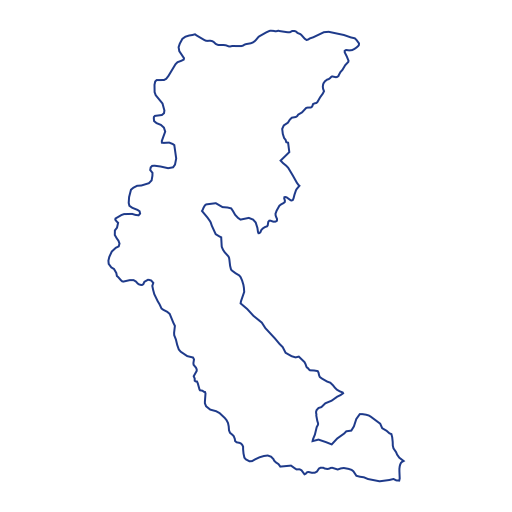 outline of Shumer, Pemagatsel, Bhutan
{"feature_id": "84629894B11783061729770", "entity_name": "Shumer", "entity_type": "district", "adm_level": 2, "iso_a3": "BTN", "parent_name": "Bhutan", "parent_adm1": "Pemagatsel", "projection": "robinson", "projection_center": [91.402, 27.089], "detail": "fine", "context": "isolated", "style": "outline", "palette": "blue", "viewbox_px": 512, "rotation_deg": 0, "n_neighbors": 0, "source": "geoboundaries", "source_scale": "gbopen_adm2", "svg_char_len": 6019}
<svg xmlns="http://www.w3.org/2000/svg" viewBox="0 0 512 512"><path d="M151.2,280.5L153.3,282.9L152.3,285.9L153.1,289.8L154.3,294.2L157.7,301.2L159.5,304.2L161.5,308.5L163.3,309.8L167.2,311.8L169.7,313.9L173.4,322.9L174.9,325.9L174.1,332.8L174.2,335.2L175.9,339.5L177.2,344.9L178.8,349.5L180.7,351.7L187.2,356.1L193.0,357.5L194.0,359.4L193.4,363.1L193.6,364.8L196.0,367.7L196.7,369.4L196.7,370.9L193.7,376.2L194.7,378.6L194.7,380.7L195.6,381.4L197.0,381.5L197.8,383.4L199.5,389.5L200.0,390.3L202.4,390.7L204.1,391.9L205.0,392.0L205.5,393.5L204.9,401.6L204.9,403.3L206.1,406.3L210.2,409.6L216.1,411.2L219.6,413.1L224.7,417.9L226.5,420.1L228.0,423.0L228.7,426.4L229.0,430.3L230.0,432.8L232.3,434.7L233.7,436.1L234.8,438.9L235.1,441.0L236.6,442.3L239.7,442.9L241.2,443.7L242.3,445.0L243.1,446.7L243.1,449.2L243.5,453.5L244.4,457.7L245.9,459.4L249.5,461.3L252.1,461.1L255.2,459.3L259.5,457.3L263.9,456.0L267.7,455.5L271.1,456.7L273.5,459.2L274.1,460.6L275.9,462.4L278.5,464.1L280.3,466.6L291.0,465.6L294.9,468.4L296.5,469.4L299.6,469.3L301.5,470.3L304.5,474.3L305.6,473.8L307.2,472.2L308.6,472.0L311.9,472.8L314.8,472.7L316.9,471.6L319.0,468.5L320.7,467.7L323.4,467.8L324.6,468.5L327.5,469.0L329.3,468.6L330.8,467.9L332.3,467.8L337.7,469.5L340.9,468.4L343.8,468.0L348.6,468.9L351.6,469.9L353.4,471.3L356.4,475.8L359.8,476.7L363.9,477.3L367.9,479.0L379.6,481.3L389.3,480.0L393.5,479.0L396.3,480.4L399.2,480.6L399.7,478.5L399.4,471.2L399.4,468.8L399.7,466.4L400.2,464.5L401.0,462.8L402.0,461.9L403.6,461.0L399.3,457.7L397.1,454.6L396.1,452.2L393.5,448.4L392.8,445.6L392.7,442.0L392.2,437.3L391.4,434.1L389.4,433.3L386.6,430.8L382.2,428.2L380.2,423.7L370.8,416.7L368.8,415.5L366.0,414.7L362.2,414.1L359.8,414.1L356.3,419.0L353.9,426.4L351.3,430.6L346.3,431.3L344.2,433.5L337.2,438.5L331.7,444.4L325.9,442.1L318.5,439.6L312.6,441.1L313.0,439.2L314.9,434.6L316.7,427.1L317.9,424.9L318.1,424.0L318.0,423.1L317.3,420.9L316.3,415.6L316.4,414.3L316.1,413.0L316.1,411.7L316.6,410.1L318.5,408.0L321.4,407.1L325.3,403.3L331.6,400.7L337.2,396.7L340.5,395.1L343.1,393.3L342.7,392.5L339.7,391.3L336.9,389.7L334.8,387.6L333.0,385.3L330.3,382.7L327.2,381.6L322.0,378.6L319.8,377.0L319.1,375.3L318.5,372.6L317.7,371.1L314.1,370.5L310.0,370.3L309.1,369.6L307.9,368.1L306.8,367.4L306.3,366.4L305.6,364.3L304.5,362.1L298.8,356.6L295.6,357.4L291.6,356.2L285.6,352.8L282.7,347.1L279.5,343.9L274.8,338.3L265.4,328.2L261.8,322.6L253.5,315.9L247.2,309.0L240.6,303.4L241.0,301.2L244.2,291.9L243.9,287.8L243.4,284.8L242.1,280.5L240.6,277.1L239.2,275.4L235.5,273.2L231.6,270.3L230.9,269.1L230.1,265.8L229.4,259.8L229.1,258.0L228.5,256.5L224.7,252.3L223.1,249.9L221.9,247.2L221.7,246.3L221.2,237.3L219.5,236.5L215.7,234.2L211.8,225.7L210.7,222.4L209.9,221.0L207.5,217.6L202.0,211.0L202.6,210.0L203.6,207.6L204.9,205.4L206.2,204.4L215.8,203.2L222.5,207.1L227.5,207.5L231.2,208.4L233.0,211.1L235.1,214.8L238.0,217.9L240.5,219.6L248.8,217.9L253.1,219.6L255.7,222.5L257.4,227.9L258.0,232.0L258.5,233.2L259.4,233.1L260.4,232.2L261.4,229.9L263.0,228.3L264.9,227.1L267.1,226.3L267.7,225.4L268.3,221.8L269.3,220.7L270.5,220.7L273.4,221.7L275.2,221.7L276.7,221.0L277.0,220.2L277.0,218.9L276.0,216.6L275.6,215.3L275.5,213.7L276.0,212.4L276.6,210.7L279.4,205.7L281.2,204.3L283.5,203.1L284.8,202.0L284.9,200.6L284.2,198.4L284.4,197.2L285.3,197.0L286.7,197.4L290.7,200.3L291.7,200.5L292.9,199.9L293.6,198.1L294.5,194.6L296.0,190.2L296.7,189.0L299.4,185.8L298.6,185.1L296.9,182.8L292.8,175.5L288.2,167.8L286.2,165.7L283.0,163.1L280.6,160.6L289.3,152.1L288.1,142.7L286.3,142.2L285.6,139.9L284.1,138.0L282.8,133.9L282.2,128.9L283.8,125.4L287.9,122.7L289.8,119.7L291.8,117.7L295.8,117.0L297.2,116.1L298.2,114.6L302.0,112.4L306.1,108.0L307.4,107.6L310.8,107.5L311.7,107.0L312.5,105.8L313.0,104.1L314.5,103.4L316.3,103.0L317.3,102.2L320.2,97.2L322.8,93.6L324.0,91.2L323.1,88.8L322.8,86.7L323.1,84.5L323.5,83.3L325.0,81.2L327.3,79.5L328.6,79.2L330.2,78.0L331.1,77.0L332.1,76.4L335.9,77.2L337.0,77.0L338.4,76.1L338.9,74.9L340.4,72.1L342.4,69.9L345.2,65.2L348.3,61.9L348.5,60.7L346.8,56.5L344.7,52.3L344.7,50.8L346.1,50.0L349.3,50.4L352.1,50.1L354.5,48.9L356.5,47.5L358.2,46.0L358.9,45.0L359.0,43.4L356.5,40.0L354.8,38.3L350.8,37.4L343.9,35.0L328.7,31.8L323.9,32.2L313.2,37.3L309.9,38.4L308.2,39.5L306.6,40.0L304.7,38.7L301.3,34.9L300.3,34.1L297.4,32.9L296.7,32.1L295.7,31.4L294.4,31.0L292.2,31.0L290.0,32.2L289.0,32.3L287.2,32.2L279.2,31.0L278.3,30.7L277.0,31.1L275.5,31.3L273.5,30.9L270.6,30.7L269.5,30.9L266.4,32.3L259.3,36.3L258.5,36.9L255.9,40.0L254.7,41.2L252.8,42.5L250.7,43.3L246.1,44.1L244.6,44.6L242.8,45.7L241.1,46.1L232.2,46.0L230.0,46.5L228.8,46.4L225.9,45.3L223.5,45.0L218.5,45.0L217.4,44.7L215.7,43.9L213.6,41.9L212.1,41.1L210.0,40.7L207.4,40.9L205.8,40.7L204.3,40.0L196.5,35.4L195.0,34.3L192.4,35.0L189.2,35.5L185.4,36.7L182.4,38.8L179.8,43.6L178.6,47.2L179.3,51.2L184.0,58.2L183.7,59.6L181.3,60.8L177.5,62.2L175.5,64.2L168.4,76.0L166.2,78.8L164.0,80.0L156.6,80.1L155.2,81.5L154.5,84.8L154.6,92.1L155.7,95.2L162.5,103.5L164.4,110.5L164.0,113.2L161.9,115.0L154.9,115.9L153.9,117.0L153.8,118.4L154.1,121.1L156.5,123.1L160.9,124.9L163.9,127.6L165.2,131.6L161.8,141.0L161.9,142.7L163.7,142.9L169.2,142.6L172.7,144.0L174.3,145.1L176.2,158.5L175.0,164.6L173.1,167.3L168.1,168.2L160.5,166.5L154.5,165.7L152.1,165.9L150.7,167.4L150.2,170.0L152.5,172.9L152.4,175.9L151.6,180.4L148.9,183.2L141.4,185.5L137.1,185.8L133.4,187.7L131.0,189.7L129.1,197.0L128.7,202.9L129.4,205.8L132.3,207.8L137.5,209.9L139.6,211.3L140.1,213.6L138.6,215.3L135.4,214.9L132.1,213.9L124.0,214.1L121.5,215.0L115.5,218.5L115.3,219.7L116.6,221.4L118.1,222.8L117.0,227.7L114.9,230.4L114.8,235.0L116.9,238.6L118.4,240.6L119.5,243.6L118.7,246.4L115.8,247.8L111.8,251.5L109.3,256.9L108.4,260.7L108.7,263.9L111.3,267.4L114.0,269.0L116.3,273.0L116.9,276.0L118.2,277.1L120.7,280.0L122.1,281.3L123.3,281.6L129.9,280.1L133.5,280.1L135.9,281.5L137.7,283.5L139.0,284.4L141.2,285.0L142.2,284.9L143.3,284.2L144.4,281.8L147.9,279.8L149.1,279.9L151.2,280.5Z" fill="none" stroke="#1e3a8a" stroke-width="2"/></svg>